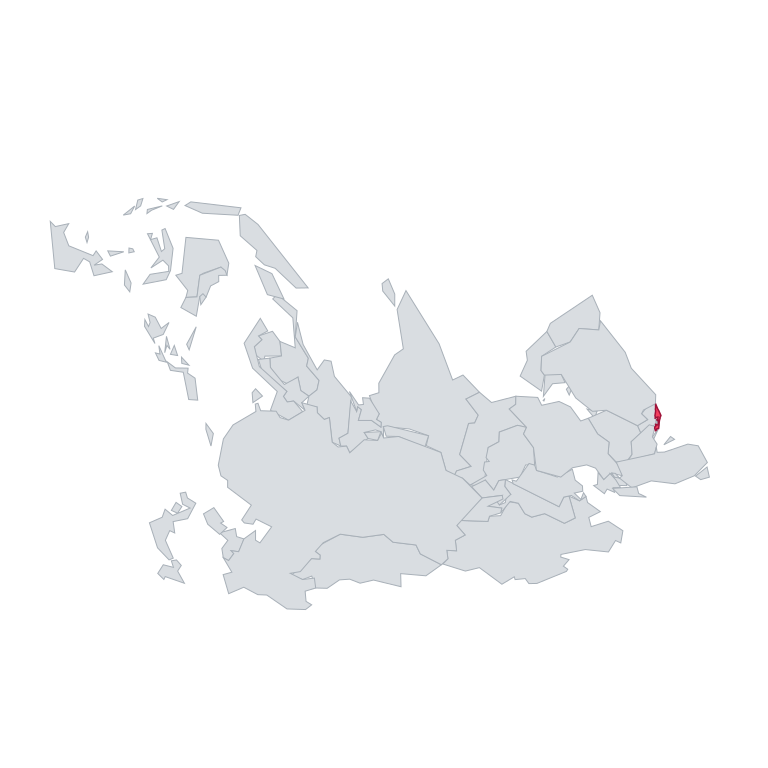 Israel highlighted on a map of Asia, rotated 171°
{"feature_id": "ISR", "entity_name": "Israel", "entity_type": "country or territory", "adm_level": 0, "iso_a3": "ISR", "parent_name": "Asia", "parent_adm1": "", "projection": "equal_earth", "projection_center": [35.212, 31.447], "detail": "coarse", "context": "in_parent", "style": "filled", "palette": "rose", "viewbox_px": 768, "rotation_deg": 171, "n_neighbors": 45, "source": "natural_earth", "source_scale": "50m", "svg_char_len": 13633}
<svg xmlns="http://www.w3.org/2000/svg" viewBox="0 0 768 768"><g transform="rotate(171 384 384)"><path d="M354.0,197.0L348.2,201.4L348.0,209.9L338.4,207.9L338.0,218.5L327.5,222.2L334.2,232.8L332.6,237.8L302.9,232.0L300.5,236.9L289.4,235.7L279.5,248.3L269.9,245.2L265.2,233.9L258.9,229.4L245.6,230.8L227.6,218.2L216.1,221.8L218.8,244.3L209.2,238.0L202.1,241.3L201.5,235.1L190.3,224.1L202.6,220.2L201.7,210.7L183.9,213.4L171.0,201.7L175.0,190.0L179.8,193.2L188.6,183.0L211.1,189.0L235.9,188.0L236.5,185.4L228.7,181.6L235.3,176.0L231.5,172.3L233.1,170.4L264.2,163.1L272.1,164.2L274.9,169.7L285.1,170.3L285.5,173.2L298.9,167.8L318.5,187.7L332.9,186.5L354.0,197.0Z" fill="#d9dde1" stroke="#a8b0b8" stroke-width="1"/><path d="M218.8,244.3L216.1,221.8L227.6,218.2L245.6,230.8L258.9,229.4L265.2,233.9L269.9,245.2L277.7,248.3L288.9,238.4L287.1,243.0L300.4,247.0L295.1,251.6L289.4,251.1L288.9,246.5L282.8,247.9L280.2,255.4L276.1,255.1L280.8,264.1L279.0,270.6L230.3,235.4L224.1,244.2L218.8,244.3Z" fill="#d9dde1" stroke="#a8b0b8" stroke-width="1"/><path d="M691.1,549.5L688.2,596.8L684.0,590.9L670.3,591.7L676.7,583.8L673.7,569.8L651.3,556.3L647.5,560.5L642.5,551.1L651.8,546.7L643.9,546.7L634.8,537.4L653.5,536.3L655.6,550.7L661.1,555.1L672.1,543.0L691.1,549.5ZM602.1,595.2L598.4,604.2L593.1,604.9L596.5,598.0L602.1,595.2ZM652.9,580.7L652.8,575.2L655.2,570.2L656.0,575.8L652.9,580.7ZM566.1,500.5L563.2,507.1L572.6,524.0L566.2,524.9L556.7,559.8L525.0,551.9L518.4,527.6L522.1,516.0L526.8,525.0L544.6,521.8L548.9,520.2L555.1,499.3L566.1,500.5ZM620.3,555.3L634.2,553.1L636.0,558.7L620.3,555.3ZM614.6,558.2L611.0,556.8L610.0,553.7L615.5,553.4L614.6,558.2ZM620.7,514.8L624.9,522.4L621.7,537.2L618.0,523.3L620.7,514.8ZM582.8,521.1L606.3,520.3L597.9,528.9L579.0,528.9L578.3,534.4L583.0,540.9L596.1,535.1L586.1,544.5L594.1,569.4L589.2,569.0L592.0,563.1L585.4,563.9L583.1,549.7L579.4,551.9L579.3,570.8L575.9,571.8L571.1,551.0L577.1,529.5L582.8,521.1ZM578.9,602.9L569.5,600.0L574.6,598.5L578.9,602.9ZM575.1,594.6L586.4,592.0L591.5,589.4L590.4,593.4L575.1,594.6ZM564.6,589.4L570.8,593.8L557.8,596.2L564.6,589.4ZM501.8,573.5L536.7,581.1L552.6,591.4L546.3,594.1L497.7,580.4L501.8,573.5ZM488.6,535.8L502.8,552.9L500.5,573.1L494.6,573.3L483.5,561.3L443.9,490.8L455.8,492.5L473.4,515.3L483.5,520.4L490.8,529.8L488.6,535.8Z" fill="#d9dde1" stroke="#a8b0b8" stroke-width="1"/><path d="M602.4,598.8L607.6,591.8L615.1,591.6L602.4,598.8Z" fill="#d9dde1" stroke="#a8b0b8" stroke-width="1"/><path d="M127.2,289.8L119.8,297.1L126.4,287.2L127.2,289.8Z" fill="#d9dde1" stroke="#a8b0b8" stroke-width="1"/><path d="M121.9,301.7L118.8,308.6L120.1,300.8L121.9,301.7Z" fill="#d9dde1" stroke="#a8b0b8" stroke-width="1"/><path d="M121.9,301.7L138.1,295.2L140.2,303.2L129.2,307.6L134.3,314.3L124.6,323.1L118.8,321.1L121.9,301.7Z" fill="#d9dde1" stroke="#a8b0b8" stroke-width="1"/><path d="M204.9,357.0L217.5,357.9L228.5,346.9L223.2,369.2L207.4,365.7L204.9,357.0Z" fill="#d9dde1" stroke="#a8b0b8" stroke-width="1"/><path d="M200.8,353.5L200.2,348.5L202.8,344.1L204.7,350.3L200.8,353.5Z" fill="#d9dde1" stroke="#a8b0b8" stroke-width="1"/><path d="M181.3,317.3L187.4,327.5L177.8,323.8L181.3,317.3Z" fill="#d9dde1" stroke="#a8b0b8" stroke-width="1"/><path d="M140.2,303.2L138.1,295.2L148.9,288.3L150.0,275.7L157.0,269.1L166.8,270.5L173.6,280.1L170.8,291.3L180.8,301.2L187.7,318.2L168.4,323.3L140.2,303.2Z" fill="#d9dde1" stroke="#a8b0b8" stroke-width="1"/><path d="M224.2,367.7L229.5,352.3L248.3,370.5L238.7,385.0L238.5,394.1L214.9,410.4L208.5,393.7L224.0,386.7L226.8,372.7L224.2,367.7ZM229.4,342.8L227.4,344.5L228.7,342.2L229.4,342.8Z" fill="#d9dde1" stroke="#a8b0b8" stroke-width="1"/><path d="M480.1,442.3L480.8,427.7L497.3,430.2L499.2,425.2L506.0,432.6L506.2,441.2L497.7,446.8L500.5,451.1L485.9,453.5L480.1,442.3Z" fill="#d9dde1" stroke="#a8b0b8" stroke-width="1"/><path d="M492.7,427.4L480.8,427.7L480.1,442.3L466.0,433.6L463.7,463.6L480.6,485.4L475.5,489.2L458.4,470.0L464.3,444.4L454.7,421.3L457.6,413.8L447.6,397.7L451.1,388.7L460.1,383.7L467.2,390.5L467.9,404.3L478.4,398.6L487.3,404.9L493.6,418.1L492.7,427.4Z" fill="#d9dde1" stroke="#a8b0b8" stroke-width="1"/><path d="M504.2,427.9L492.7,427.4L493.6,418.1L482.5,399.1L467.9,404.3L467.2,390.5L460.1,383.7L468.1,378.4L466.1,370.4L475.9,381.3L482.4,381.4L485.3,387.5L481.1,391.9L502.4,415.7L504.2,427.9Z" fill="#d9dde1" stroke="#a8b0b8" stroke-width="1"/><path d="M460.1,383.7L451.1,388.7L447.6,397.7L457.6,413.8L454.7,421.3L464.3,444.4L459.8,458.5L457.7,435.6L447.8,408.4L439.2,417.1L432.7,414.8L431.8,399.3L418.2,376.3L427.3,341.0L436.9,337.5L436.4,329.5L444.3,334.6L443.2,359.4L448.5,358.3L454.3,366.0L453.7,371.8L464.0,373.7L460.1,383.7Z" fill="#d9dde1" stroke="#a8b0b8" stroke-width="1"/><path d="M490.5,454.6L500.5,451.1L497.7,446.8L506.2,441.2L504.4,420.7L481.1,391.9L485.3,387.5L482.4,381.4L475.9,381.3L468.6,369.4L483.9,363.2L500.3,375.8L490.6,393.3L511.3,420.2L515.8,446.1L495.9,468.2L490.5,454.6Z" fill="#d9dde1" stroke="#a8b0b8" stroke-width="1"/><path d="M569.9,237.6L569.9,246.9L562.7,254.0L569.7,262.8L553.5,264.5L553.4,256.3L546.6,252.9L548.8,248.9L553.8,241.1L561.1,243.3L558.9,240.0L565.1,233.9L569.9,237.6Z" fill="#d9dde1" stroke="#a8b0b8" stroke-width="1"/><path d="M561.5,266.8L569.8,261.2L580.0,273.0L582.6,284.0L571.4,288.5L563.9,273.3L567.1,272.2L561.5,266.8Z" fill="#d9dde1" stroke="#a8b0b8" stroke-width="1"/><path d="M355.6,196.5L372.6,188.0L397.2,194.1L398.9,181.1L425.0,192.0L438.8,191.0L448.4,196.6L458.6,197.5L472.1,191.1L483.4,193.2L485.4,205.6L495.0,203.6L505.7,209.6L482.9,222.9L474.7,221.1L473.9,225.0L478.0,229.3L473.4,234.6L450.7,242.5L428.9,235.9L407.7,235.5L399.8,226.3L377.6,220.0L374.7,210.5L355.6,196.5Z" fill="#d9dde1" stroke="#a8b0b8" stroke-width="1"/><path d="M436.4,329.5L436.9,337.5L427.3,341.0L419.6,372.4L415.3,361.3L413.6,365.8L410.3,362.2L415.0,352.0L402.0,350.0L393.8,341.9L392.7,346.5L397.0,350.2L393.4,355.3L396.8,357.1L400.2,374.8L390.4,376.2L389.0,385.6L368.9,411.1L359.4,415.7L359.4,455.5L347.7,472.8L323.3,415.1L315.6,377.2L304.6,380.5L291.0,360.9L305.4,356.3L295.8,338.5L300.6,331.3L306.6,331.8L320.3,302.5L310.8,289.0L325.9,286.8L329.7,281.3L336.3,289.0L338.5,307.5L351.9,316.5L348.1,325.9L365.9,335.6L391.3,342.1L392.8,330.7L394.5,337.4L399.6,340.0L411.1,339.2L408.3,332.8L428.6,321.4L430.7,328.5L436.4,329.5Z" fill="#d9dde1" stroke="#a8b0b8" stroke-width="1"/><path d="M415.3,361.3L419.3,382.0L412.4,367.3L407.5,367.0L407.3,373.8L400.6,372.3L393.4,355.3L397.0,350.2L392.7,346.5L393.8,341.9L402.0,350.0L415.0,352.0L410.3,362.2L413.6,365.8L415.3,361.3Z" fill="#d9dde1" stroke="#a8b0b8" stroke-width="1"/><path d="M408.3,332.8L411.1,339.2L394.5,337.4L399.1,329.2L408.3,332.8Z" fill="#d9dde1" stroke="#a8b0b8" stroke-width="1"/><path d="M390.0,332.1L391.3,342.1L387.0,342.2L348.1,325.9L353.7,314.9L377.9,329.9L390.0,332.1Z" fill="#d9dde1" stroke="#a8b0b8" stroke-width="1"/><path d="M329.7,281.3L325.9,286.8L310.8,289.0L320.3,302.5L306.6,331.8L300.6,331.3L295.8,338.5L305.4,356.3L291.0,360.9L280.7,348.9L255.7,351.3L257.1,343.3L264.2,339.7L250.0,318.9L258.7,322.3L277.6,318.5L279.5,309.0L291.0,305.0L299.2,274.7L314.7,270.7L321.2,278.7L329.7,281.3Z" fill="#d9dde1" stroke="#a8b0b8" stroke-width="1"/><path d="M264.1,270.8L285.7,270.6L292.2,262.0L299.0,273.3L305.1,268.4L314.7,270.7L296.8,277.5L299.4,283.5L296.9,291.2L292.2,291.0L294.7,295.3L291.0,305.0L279.5,309.0L277.6,318.5L258.7,322.3L250.0,318.9L254.0,312.8L246.3,297.8L247.9,280.3L256.8,281.9L264.1,270.8Z" fill="#d9dde1" stroke="#a8b0b8" stroke-width="1"/><path d="M279.0,270.6L280.8,264.1L276.1,255.1L288.9,246.5L291.3,250.9L284.7,255.5L305.0,256.1L313.5,268.9L299.0,273.3L292.2,262.0L285.7,270.6L279.0,270.6Z" fill="#d9dde1" stroke="#a8b0b8" stroke-width="1"/><path d="M288.9,238.4L300.5,236.9L302.9,232.0L332.6,237.8L305.0,256.1L284.7,255.5L284.5,251.8L300.4,247.0L287.1,243.0L288.9,238.4Z" fill="#d9dde1" stroke="#a8b0b8" stroke-width="1"/><path d="M202.1,241.3L209.2,238.0L216.4,244.6L224.1,244.2L230.3,235.4L272.1,265.3L272.5,269.2L268.5,267.3L253.2,282.8L247.9,280.3L246.9,274.8L227.4,265.0L211.3,270.3L210.2,259.1L203.9,252.3L204.5,247.0L213.1,246.5L207.6,239.2L203.9,245.4L202.1,241.3Z" fill="#d9dde1" stroke="#a8b0b8" stroke-width="1"/><path d="M187.7,318.2L180.8,301.2L170.8,291.3L173.6,280.1L163.9,265.3L163.0,256.1L173.0,260.4L181.9,255.1L188.2,267.8L196.5,272.4L211.0,271.8L223.9,264.4L246.9,274.8L246.3,297.8L254.0,312.8L250.0,318.9L264.2,339.7L257.1,343.3L255.7,351.3L234.3,346.7L231.6,338.3L213.9,339.4L203.4,332.2L195.5,316.7L187.7,318.2Z" fill="#d9dde1" stroke="#a8b0b8" stroke-width="1"/><path d="M122.8,299.6L127.2,289.8L123.7,281.9L127.7,272.7L155.0,270.1L150.0,275.7L148.9,288.3L128.4,302.2L122.8,299.6Z" fill="#d9dde1" stroke="#a8b0b8" stroke-width="1"/><path d="M174.7,260.2L160.6,250.9L160.0,245.6L169.5,247.4L174.7,260.2Z" fill="#d9dde1" stroke="#a8b0b8" stroke-width="1"/><path d="M166.8,270.5L127.7,272.7L124.9,279.2L124.9,273.8L117.8,272.9L93.3,277.1L83.3,273.8L76.9,255.9L91.9,244.8L112.2,239.9L135.2,246.5L155.4,242.6L166.2,254.3L163.0,256.1L166.8,270.5ZM77.2,241.1L86.2,240.0L90.7,244.3L77.9,251.5L77.2,241.1Z" fill="#d9dde1" stroke="#a8b0b8" stroke-width="1"/><path d="M370.7,476.0L370.2,483.5L363.3,487.2L359.3,471.1L361.2,459.3L370.7,476.0Z" fill="#d9dde1" stroke="#a8b0b8" stroke-width="1"/><path d="M511.6,399.4L505.9,391.1L516.4,386.1L515.6,396.0L511.6,399.4ZM305.0,256.1L334.2,232.8L327.5,222.2L338.0,218.5L338.4,207.9L348.0,209.9L348.2,201.4L355.6,196.5L374.7,210.5L377.6,220.0L399.8,226.3L407.7,235.5L428.9,235.9L450.7,242.5L468.8,236.8L478.0,229.3L473.9,225.0L474.7,221.1L482.9,222.9L496.0,211.8L506.2,211.7L495.0,203.6L483.1,203.2L483.4,193.2L494.3,191.7L495.0,181.5L490.0,177.2L496.8,173.5L515.0,177.0L532.8,193.9L541.6,195.7L554.3,205.2L570.2,201.2L572.7,220.9L563.7,221.9L569.9,237.6L565.1,233.9L558.9,240.0L561.1,243.3L553.8,241.1L546.6,252.9L533.8,259.4L535.3,249.8L531.4,246.5L517.3,260.5L531.5,270.6L535.3,266.0L543.7,268.6L545.8,272.0L534.0,285.1L554.6,306.4L553.5,313.2L559.4,318.8L560.4,329.7L551.2,354.9L539.5,367.2L514.8,376.9L514.3,384.3L511.5,384.7L510.0,376.9L494.8,374.0L491.9,367.1L483.9,363.2L466.1,370.4L468.1,378.4L453.7,371.8L454.3,366.0L448.5,358.3L443.2,359.4L444.3,334.6L439.2,329.0L430.7,328.5L428.6,321.4L412.3,332.0L399.1,329.2L394.1,336.0L392.8,330.7L377.9,329.9L338.5,307.5L336.3,289.0L321.2,278.7L305.0,256.1Z" fill="#d9dde1" stroke="#a8b0b8" stroke-width="1"/><path d="M564.6,349.8L567.0,367.1L566.0,372.9L560.3,361.8L564.6,349.8Z" fill="#d9dde1" stroke="#a8b0b8" stroke-width="1"/><path d="M173.2,240.9L180.1,245.3L183.5,241.2L192.8,250.9L188.9,251.4L186.4,263.1L181.9,255.1L174.7,260.2L170.1,253.1L166.6,244.7L173.9,245.8L173.2,240.9ZM173.0,260.4L169.6,259.6L166.2,254.3L170.8,255.8L173.0,260.4Z" fill="#d9dde1" stroke="#a8b0b8" stroke-width="1"/><path d="M142.5,231.2L168.6,236.9L174.5,245.1L150.3,242.9L149.6,236.0L142.5,231.2Z" fill="#d9dde1" stroke="#a8b0b8" stroke-width="1"/><path d="M579.8,442.2L573.7,433.1L580.5,436.0L579.8,442.2ZM591.4,465.1L589.9,451.7L592.4,456.1L595.7,449.2L591.4,465.1ZM603.9,459.8L611.5,478.4L610.1,485.0L607.6,477.6L605.4,481.3L606.1,490.0L599.5,485.8L595.4,473.7L586.7,478.4L594.3,467.5L604.7,465.4L603.9,459.8ZM572.7,454.1L560.5,469.9L571.1,448.2L572.7,454.1ZM579.3,399.2L580.4,427.0L592.8,430.9L594.6,439.8L587.5,432.5L575.0,430.3L576.3,425.5L569.7,419.3L570.5,397.2L579.3,399.2ZM585.1,454.9L583.4,444.4L590.3,446.7L585.1,454.9ZM602.5,442.5L604.9,450.5L600.6,448.6L600.4,457.1L595.6,439.6L602.5,442.5Z" fill="#d9dde1" stroke="#a8b0b8" stroke-width="1"/><path d="M469.5,483.6L485.2,490.5L492.8,521.2L477.4,510.5L469.5,483.6ZM566.1,500.5L555.1,499.3L548.9,520.2L526.8,525.0L523.1,520.9L522.1,516.0L530.3,517.1L531.2,511.0L539.9,508.0L546.1,497.7L552.3,499.2L558.8,480.3L572.7,491.3L566.1,500.5Z" fill="#d9dde1" stroke="#a8b0b8" stroke-width="1"/><path d="M552.5,491.0L552.3,499.2L548.7,501.5L546.1,497.7L552.5,491.0Z" fill="#d9dde1" stroke="#a8b0b8" stroke-width="1"/><path d="M633.3,257.6L637.4,283.6L623.9,287.1L619.8,294.6L613.3,287.2L594.9,291.8L601.7,296.7L602.4,308.0L596.8,308.2L596.0,302.2L588.5,295.7L599.0,281.7L613.8,281.1L614.0,269.6L618.6,272.7L624.4,263.8L619.4,245.0L623.8,243.9L633.3,257.6ZM630.2,228.0L632.0,225.4L637.1,232.3L630.3,240.0L620.6,235.8L621.7,242.6L616.5,242.7L612.6,236.5L617.1,231.5L612.3,218.4L630.2,228.0ZM602.8,294.6L608.1,288.7L613.8,292.4L607.9,299.6L602.8,294.6Z" fill="#d9dde1" stroke="#a8b0b8" stroke-width="1"/><path d="M208.5,393.7L214.9,410.4L210.2,417.9L164.4,439.1L159.5,420.6L163.4,403.8L182.6,408.3L193.5,396.4L208.5,393.7Z" fill="#d9dde1" stroke="#a8b0b8" stroke-width="1"/><path d="M119.0,322.0L131.8,317.7L134.3,314.3L129.2,307.6L140.2,303.2L168.4,323.3L182.4,324.4L196.8,340.2L207.4,365.7L224.2,367.7L226.8,372.7L224.0,386.7L193.5,396.4L182.6,408.3L163.4,403.8L160.3,412.5L140.8,377.6L137.3,360.9L117.3,330.9L119.0,322.0Z" fill="#d9dde1" stroke="#a8b0b8" stroke-width="1"/><path d="M117.1,280.2L109.2,287.3L105.7,283.9L117.1,280.2Z" fill="#d9dde1" stroke="#a8b0b8" stroke-width="1"/><path d="M123.4,294.9L123.1,295.8L123.6,298.0L123.1,299.4L122.3,299.8L122.1,300.1L122.0,301.7L121.6,301.6L121.2,301.3L121.0,300.9L120.2,300.8L119.5,301.3L119.0,303.2L119.1,304.9L119.0,305.5L119.5,305.4L119.8,305.5L120.2,305.8L120.2,306.0L119.4,306.5L119.0,307.0L118.6,308.5L119.7,308.5L121.2,307.8L121.5,307.8L121.2,309.5L121.4,310.1L119.9,314.9L119.9,316.8L119.5,317.9L119.1,320.7L118.7,321.2L117.5,316.4L116.8,314.7L115.4,309.6L115.9,309.0L115.9,308.6L116.8,307.5L116.6,307.1L117.6,305.0L118.2,303.0L118.8,300.2L119.7,297.1L121.3,297.2L121.7,296.9L121.9,296.0L122.1,295.9L122.2,296.1L123.4,294.9Z" fill="#f43f5e" stroke="#9f1239" stroke-width="1.5"/></g></svg>